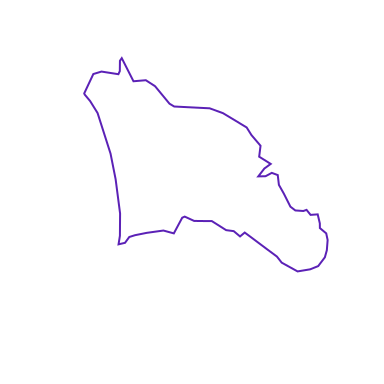 Guidan-Roumdji, Maradi, Niger, rotated 33°
{"feature_id": "23599985B37435064601183", "entity_name": "Guidan-Roumdji", "entity_type": "district", "adm_level": 2, "iso_a3": "NER", "parent_name": "Niger", "parent_adm1": "Maradi", "projection": "albers", "projection_center": [6.935, 13.581], "detail": "fine", "context": "isolated", "style": "outline", "palette": "violet", "viewbox_px": 384, "rotation_deg": 33, "n_neighbors": 0, "source": "geoboundaries", "source_scale": "gbopen_adm2", "svg_char_len": 992}
<svg xmlns="http://www.w3.org/2000/svg" viewBox="0 0 384 384"><g transform="rotate(33 192 192)"><path d="M45.0,146.8L47.9,168.0L48.9,168.7L57.0,171.2L69.8,177.2L102.8,204.2L121.0,222.9L143.4,249.2L155.4,268.0L158.9,275.9L163.5,271.1L163.9,263.9L167.7,259.3L176.3,250.9L189.0,239.9L199.3,236.6L197.8,218.9L199.3,216.6L209.5,215.1L214.5,212.0L224.4,205.6L241.4,205.4L248.3,202.1L256.5,203.1L258.3,197.3L266.5,197.8L285.6,199.1L298.4,199.9L305.7,202.4L323.8,201.1L333.2,192.5L338.2,185.4L339.0,174.4L336.8,167.4L331.9,158.4L327.1,153.6L318.9,152.6L316.3,148.7L309.6,142.3L303.9,146.6L297.8,144.6L295.7,147.3L288.7,151.2L282.5,150.7L270.0,143.4L261.0,138.7L254.7,131.1L248.5,132.5L245.1,138.7L239.1,142.8L239.9,132.9L242.7,125.6L229.1,125.8L224.3,115.9L210.9,111.9L202.7,108.1L175.1,109.0L161.2,112.2L155.7,115.4L130.5,130.0L125.0,130.2L103.4,123.4L92.4,123.4L82.6,131.0L60.2,118.0L60.1,121.2L65.6,129.9L66.1,133.3L50.5,140.3L45.0,146.8Z" fill="none" stroke="#5b21b6" stroke-width="2"/></g></svg>